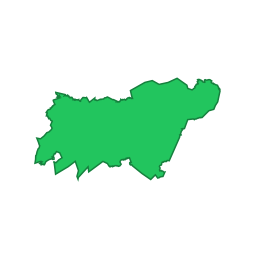 Badiraguato, Sinaloa, Mexico, rotated 71°
{"feature_id": "50627088B91393089235413", "entity_name": "Badiraguato", "entity_type": "district", "adm_level": 2, "iso_a3": "MEX", "parent_name": "Mexico", "parent_adm1": "Sinaloa", "projection": "equal_earth", "projection_center": [-107.389, 25.605], "detail": "fine", "context": "isolated", "style": "filled", "palette": "green", "viewbox_px": 256, "rotation_deg": 71, "n_neighbors": 0, "source": "geoboundaries", "source_scale": "gbopen_adm2", "svg_char_len": 5799}
<svg xmlns="http://www.w3.org/2000/svg" viewBox="0 0 256 256"><g transform="rotate(71 128 128)"><path d="M108.6,35.7L108.4,38.0L107.9,38.9L107.5,39.2L107.5,39.9L108.1,40.4L109.6,40.3L109.8,40.6L109.5,41.3L108.7,42.3L107.6,42.5L107.2,43.2L106.8,43.2L106.5,43.5L106.4,43.9L105.5,44.4L105.4,45.2L105.2,45.3L104.9,45.8L105.0,46.4L106.0,45.9L106.3,46.1L106.5,47.3L107.5,47.2L108.1,47.7L108.8,47.2L109.2,47.5L109.0,49.3L110.0,50.2L110.5,51.3L111.7,51.6L112.0,52.2L112.0,53.1L112.6,54.0L112.8,55.0L110.1,58.6L106.7,58.4L97.0,65.4L98.0,75.2L96.9,84.4L91.1,89.6L90.4,97.2L93.4,113.5L99.1,114.1L101.5,114.1L101.2,115.2L100.8,115.3L100.5,115.8L100.2,116.0L100.4,116.7L100.3,116.8L99.9,116.5L99.6,116.7L99.5,117.2L99.7,117.8L99.5,118.5L100.0,119.7L100.4,119.8L100.4,120.4L100.9,121.1L100.8,121.3L100.3,121.4L100.2,121.8L99.7,122.1L99.9,122.6L99.6,123.3L99.8,123.8L99.2,124.2L99.5,124.7L99.5,125.0L98.7,125.5L99.2,125.7L99.5,126.3L99.9,126.6L100.5,127.4L100.5,127.6L100.0,127.9L100.3,129.0L99.5,129.4L99.6,129.9L99.4,130.4L99.0,129.8L96.4,132.5L96.2,133.3L92.0,137.3L92.1,138.2L92.0,138.3L92.2,138.9L91.9,140.4L92.6,141.5L92.5,142.4L92.2,143.2L92.3,144.3L91.9,144.4L91.8,145.4L92.0,146.8L92.0,148.4L91.4,149.0L91.2,149.0L91.2,149.4L90.8,149.6L90.7,150.1L89.8,150.0L88.8,149.6L91.1,156.1L85.6,157.2L85.8,157.7L84.5,160.6L84.7,161.1L84.9,161.1L85.5,162.5L86.3,163.6L86.5,164.1L86.9,164.3L87.0,164.1L87.3,164.2L87.3,164.4L86.7,164.9L86.4,164.8L86.1,164.9L85.8,165.3L85.5,165.4L85.3,165.8L85.0,165.6L85.0,166.8L84.6,167.1L84.5,167.8L84.3,168.0L84.4,168.4L83.9,168.4L83.9,168.9L84.1,168.8L84.3,169.0L84.3,169.3L84.1,169.3L83.9,169.1L83.8,169.5L83.5,169.2L83.4,169.4L83.6,169.6L83.4,169.8L83.3,170.3L83.1,170.0L82.9,170.5L82.5,170.5L82.1,170.8L81.7,170.8L81.4,171.1L81.2,170.9L80.8,171.0L80.4,171.9L80.6,172.9L80.2,172.9L79.8,173.1L79.4,173.7L78.9,173.5L78.4,173.6L78.2,173.9L78.3,174.3L78.1,174.4L77.6,174.6L77.5,174.4L77.3,174.4L77.6,175.2L77.3,175.5L77.5,176.0L77.2,176.4L76.6,176.5L76.7,177.5L75.9,176.6L70.8,184.7L71.2,184.8L72.6,184.8L72.9,184.6L73.5,184.1L74.8,183.8L75.2,183.2L75.0,182.7L75.3,182.9L75.2,182.4L75.8,182.5L76.0,182.2L76.2,182.5L76.2,182.9L75.6,183.7L75.5,184.7L75.7,185.1L77.3,182.9L77.3,189.5L77.8,189.8L82.0,189.5L82.0,190.3L82.7,191.9L82.9,192.0L83.0,192.3L82.8,192.4L83.2,193.0L83.5,193.0L84.0,194.2L84.2,194.4L83.9,194.9L84.1,195.0L84.6,195.0L85.0,195.6L84.7,197.4L85.8,199.2L86.5,199.8L86.6,200.3L87.1,200.2L87.2,199.5L87.5,199.4L88.5,199.9L88.9,200.6L90.0,201.2L90.1,200.5L90.7,200.0L90.8,200.2L91.2,200.2L92.2,200.0L92.4,199.8L93.4,200.0L93.5,199.7L93.4,198.9L95.8,198.5L96.3,197.7L97.0,197.5L100.2,200.4L102.3,199.9L103.6,199.9L104.6,201.1L106.0,204.1L106.0,206.3L108.2,209.9L109.7,214.1L109.5,214.7L107.9,217.5L112.4,217.3L115.2,217.4L115.9,217.2L117.8,218.4L118.4,219.7L120.8,221.7L123.6,223.4L124.2,224.3L127.6,225.6L131.0,227.4L131.1,222.0L131.5,222.0L131.3,221.0L131.5,220.9L131.8,221.3L131.9,220.7L132.0,221.2L132.1,220.7L132.3,221.1L132.1,221.5L132.5,221.3L132.4,221.8L132.5,222.1L132.8,221.7L133.0,222.8L133.4,222.3L133.4,221.9L133.8,221.9L133.5,221.6L134.1,221.5L134.4,221.8L134.4,222.1L134.5,222.1L134.5,221.7L134.4,221.5L134.4,221.1L134.8,221.0L135.0,221.1L134.8,220.9L134.8,220.5L135.1,219.4L135.4,219.3L135.3,219.1L135.1,219.1L135.3,218.8L133.0,216.5L132.2,213.1L132.3,210.3L133.1,209.6L133.7,207.6L132.6,209.3L130.8,209.1L131.7,207.7L130.2,207.8L128.3,206.0L128.7,205.3L127.0,203.3L129.3,200.6L134.7,200.1L135.6,203.8L137.4,207.4L135.5,209.5L136.5,209.0L148.1,211.5L145.1,197.2L142.3,188.7L152.2,188.7L157.1,192.0L160.0,191.9L159.1,191.4L158.7,191.4L158.6,191.1L151.7,178.4L156.7,179.4L151.4,162.6L154.9,159.0L157.7,158.4L158.5,158.0L158.2,157.5L158.3,157.3L158.9,157.1L158.8,156.8L158.9,156.6L158.8,155.3L159.6,155.0L159.3,154.5L159.5,154.0L159.3,153.6L159.5,153.3L159.3,152.9L159.6,152.1L159.6,151.6L159.8,151.2L160.1,151.1L160.2,150.3L161.0,149.8L161.0,149.4L161.2,149.2L161.1,147.9L160.0,146.3L157.5,146.7L156.6,145.9L155.8,144.5L156.2,143.5L156.1,143.1L156.7,142.9L156.6,142.4L156.3,142.2L156.4,141.9L156.8,141.6L157.0,141.3L156.5,141.0L156.4,140.1L156.0,139.7L156.1,139.1L156.3,139.0L156.7,139.4L156.7,138.8L156.2,138.2L156.6,137.7L156.4,136.8L157.0,136.6L156.9,136.3L161.3,136.2L161.2,136.4L161.3,136.9L161.2,137.0L161.3,137.3L161.2,137.4L161.3,137.6L162.1,137.5L162.3,138.0L163.2,138.0L163.6,137.4L163.9,137.3L163.7,136.8L164.6,136.1L164.8,136.2L165.2,136.1L175.7,129.5L184.1,123.3L181.2,117.4L185.0,116.2L185.1,114.5L184.7,113.4L185.2,110.7L181.7,107.5L181.6,108.4L181.1,108.5L180.8,108.8L180.3,109.0L179.7,109.7L179.8,110.1L179.6,110.5L178.9,110.6L178.9,111.9L178.3,111.9L178.0,111.6L177.6,111.7L176.9,111.0L176.0,110.7L174.8,110.9L174.4,110.7L173.9,110.2L173.8,109.4L173.9,108.6L173.7,108.3L172.1,107.5L171.5,106.8L171.8,106.1L171.8,105.8L171.5,105.9L171.4,105.6L171.5,104.8L171.4,104.2L172.0,103.3L172.0,102.9L171.8,102.4L172.0,102.4L171.9,102.1L171.6,102.1L171.5,101.4L171.9,100.4L172.4,99.7L153.5,82.2L152.9,82.0L152.2,81.4L151.5,81.4L151.8,80.0L151.6,80.0L150.9,80.4L149.3,79.2L148.8,79.0L147.3,77.0L147.0,76.9L146.5,77.6L146.6,77.4L146.3,77.5L146.3,77.1L146.4,76.4L146.8,76.1L146.6,75.7L146.9,74.8L139.5,68.8L140.7,63.4L141.1,62.9L141.7,62.6L141.6,62.1L141.4,61.9L141.5,60.8L141.7,60.4L141.6,59.9L141.4,59.5L141.5,59.1L141.4,59.0L141.6,58.5L141.4,58.0L141.4,57.5L141.6,57.1L141.4,56.8L141.5,56.3L141.9,56.0L141.9,55.7L142.0,55.7L142.0,55.3L142.1,54.9L142.2,54.5L138.0,45.9L138.3,40.8L135.2,38.1L132.5,34.7L122.9,28.9L120.7,29.4L120.9,28.6L119.3,29.2L118.6,29.2L118.1,29.5L116.9,29.4L116.5,29.7L115.6,31.1L114.4,32.1L114.5,32.3L114.4,32.6L114.1,32.5L113.4,32.8L113.4,33.6L112.7,33.9L112.5,34.3L112.2,34.5L111.8,34.4L110.8,33.5L110.5,33.5L110.2,34.0L110.0,34.4L109.5,34.4L109.0,34.9L108.6,35.7Z" fill="#22c55e" stroke="#15803d" stroke-width="1.5"/></g></svg>